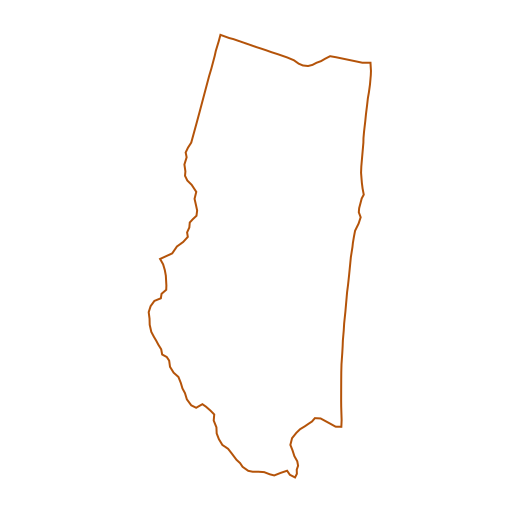 outline of Saquarema, Rio de Janeiro, Brazil, rotated 275°
{"feature_id": "56859067B78416297759673", "entity_name": "Saquarema", "entity_type": "district", "adm_level": 2, "iso_a3": "BRA", "parent_name": "Brazil", "parent_adm1": "Rio de Janeiro", "projection": "mercator", "projection_center": [-42.533, -22.871], "detail": "fine", "context": "isolated", "style": "outline", "palette": "amber", "viewbox_px": 512, "rotation_deg": 275, "n_neighbors": 0, "source": "geoboundaries", "source_scale": "gbopen_adm2", "svg_char_len": 2249}
<svg xmlns="http://www.w3.org/2000/svg" viewBox="0 0 512 512"><g transform="rotate(275 256 256)"><path d="M363.3,181.6L358.0,178.8L353.0,176.9L348.3,178.3L340.9,176.7L334.1,178.3L329.7,178.3L325.2,181.0L321.3,185.7L314.7,190.9L307.6,189.8L301.7,191.7L296.2,193.4L290.9,193.2L287.1,189.8L283.6,187.1L278.6,187.1L273.5,185.3L269.1,186.4L263.6,182.2L258.6,176.4L251.3,172.3L244.7,160.7L239.6,164.2L234.0,166.4L228.5,167.9L222.9,168.7L218.7,169.3L214.5,169.5L210.1,165.2L205.6,164.9L202.4,158.7L196.9,155.4L190.7,154.0L184.3,155.4L178.2,156.1L171.3,158.3L166.5,161.4L162.9,164.0L159.2,166.4L154.8,169.7L149.7,171.1L147.6,175.9L144.2,178.6L138.1,180.0L132.6,184.1L128.7,189.3L122.9,192.2L117.6,194.3L113.2,197.2L107.2,199.6L101.6,204.5L99.6,209.6L103.7,215.5L101.6,219.2L98.1,224.0L94.5,228.2L88.4,228.2L81.9,231.5L75.8,232.3L70.3,235.0L64.8,239.0L61.5,245.0L57.3,248.9L51.3,254.3L48.3,258.2L44.8,261.0L41.3,267.0L40.8,271.5L41.3,277.0L41.4,283.0L39.7,288.9L39.0,293.3L42.1,299.5L44.8,305.7L41.0,308.8L38.8,314.2L42.6,315.7L46.7,315.2L50.7,316.2L55.1,315.0L59.9,311.7L65.6,309.3L70.8,306.7L77.7,307.8L83.5,311.7L87.3,315.0L90.6,319.5L93.4,322.9L96.0,326.2L99.6,328.8L99.8,334.5L95.4,344.6L92.9,350.2L93.3,355.9L100.0,355.6L105.8,354.9L113.4,354.0L119.6,353.4L132.6,352.3L141.1,351.6L147.4,351.1L155.5,350.6L166.8,350.4L173.4,350.2L179.5,349.9L185.1,349.9L189.2,349.9L196.5,349.7L208.3,349.9L214.7,349.9L219.5,349.9L227.9,349.9L235.0,350.2L244.9,350.4L253.9,350.5L263.2,350.6L273.3,351.3L277.7,351.4L283.9,351.9L289.8,352.5L297.3,355.4L303.7,356.9L308.5,354.6L312.7,354.6L317.3,355.4L322.6,356.3L326.5,358.0L332.5,356.3L338.0,355.1L343.3,354.2L348.1,353.4L354.5,353.1L363.1,353.1L372.2,353.1L378.2,353.1L382.7,352.8L389.3,352.8L399.6,353.1L407.3,353.2L415.5,353.5L423.0,353.7L428.7,354.2L436.7,354.6L441.7,354.6L446.1,354.6L450.3,354.4L458.5,353.2L457.8,345.1L458.6,338.6L461.0,318.3L461.5,312.4L458.5,307.6L455.8,303.8L453.8,299.5L451.3,295.6L449.8,291.3L449.9,286.1L451.3,281.8L454.3,276.7L456.5,269.8L458.9,260.3L460.4,253.6L461.8,248.3L463.0,243.3L464.2,237.9L470.1,214.6L470.8,210.3L473.2,201.3L466.4,200.1L456.9,198.1L451.6,197.4L438.9,195.2L431.1,193.6L393.7,187.1L381.9,185.0L363.3,181.6Z" fill="none" stroke="#b45309" stroke-width="2"/></g></svg>